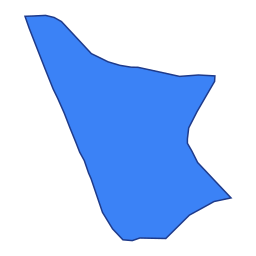 outline of San Andrés Xecul, Totonicapán, Guatemala
{"feature_id": "79465075B53537343705712", "entity_name": "San Andrés Xecul", "entity_type": "district", "adm_level": 2, "iso_a3": "GTM", "parent_name": "Guatemala", "parent_adm1": "Totonicapán", "projection": "albers", "projection_center": [-91.498, 14.912], "detail": "fine", "context": "isolated", "style": "filled", "palette": "blue", "viewbox_px": 256, "rotation_deg": 0, "n_neighbors": 0, "source": "geoboundaries", "source_scale": "gbopen_adm2", "svg_char_len": 612}
<svg xmlns="http://www.w3.org/2000/svg" viewBox="0 0 256 256"><path d="M132.3,240.6L139.8,238.0L165.8,238.5L189.4,215.1L214.1,201.5L231.0,197.9L218.5,184.7L197.6,162.5L192.0,151.3L187.4,143.3L187.4,138.9L188.7,127.9L197.1,111.5L209.8,89.6L214.6,81.4L214.9,75.9L198.4,75.0L179.6,76.4L137.9,67.3L131.2,67.2L119.7,65.3L108.0,61.8L91.3,53.6L61.5,21.6L54.2,17.5L45.6,15.4L33.2,16.0L25.0,16.3L29.1,28.0L44.7,67.9L53.2,89.1L57.7,98.3L64.2,113.0L69.9,127.7L76.2,143.2L79.7,152.2L84.3,160.6L88.6,173.1L91.1,178.8L102.5,212.4L112.6,228.9L122.9,239.8L132.3,240.6Z" fill="#3b82f6" stroke="#1e3a8a" stroke-width="1.5"/></svg>